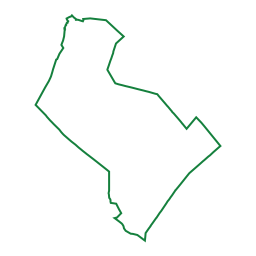 La Pe, Oaxaca, Mexico
{"feature_id": "50627088B903406016502", "entity_name": "La Pe", "entity_type": "district", "adm_level": 2, "iso_a3": "MEX", "parent_name": "Mexico", "parent_adm1": "Oaxaca", "projection": "orthographic", "projection_center": [-96.796, 16.623], "detail": "fine", "context": "isolated", "style": "outline", "palette": "green", "viewbox_px": 256, "rotation_deg": 0, "n_neighbors": 0, "source": "geoboundaries", "source_scale": "gbopen_adm2", "svg_char_len": 2311}
<svg xmlns="http://www.w3.org/2000/svg" viewBox="0 0 256 256"><path d="M145.6,233.1L148.7,228.6L150.6,226.1L150.6,225.8L152.3,223.5L155.2,219.4L156.2,218.0L156.4,217.9L159.7,212.9L161.2,211.0L166.5,203.1L167.6,201.3L168.7,200.0L169.6,198.8L170.5,197.4L172.0,195.4L175.3,190.5L175.3,190.4L175.5,190.3L180.1,184.7L186.4,176.8L189.3,173.2L199.4,164.4L203.2,161.0L204.1,160.3L208.4,156.5L209.9,155.4L213.4,152.1L217.4,148.6L220.4,146.0L210.4,133.7L207.8,130.5L204.3,126.2L201.2,122.5L200.6,121.9L196.2,117.3L186.6,128.8L183.8,125.4L182.8,124.1L182.6,124.0L180.8,121.7L177.5,117.8L175.5,115.5L175.0,114.9L173.6,113.3L172.2,112.0L172.0,111.5L170.8,110.1L167.9,106.6L167.0,105.7L166.2,104.7L158.3,95.5L158.1,95.2L157.3,94.2L155.1,93.7L148.9,91.9L146.0,91.2L143.8,90.6L138.5,89.3L131.9,87.6L129.0,86.9L125.6,86.1L122.2,85.2L118.5,84.3L117.6,84.0L115.3,83.3L114.2,81.5L107.4,69.8L107.4,69.5L108.2,67.2L108.9,65.2L110.4,60.7L111.3,58.4L112.4,55.1L113.1,53.3L113.4,51.4L116.0,43.5L120.5,39.4L123.7,36.5L117.4,30.8L106.0,20.2L90.2,18.4L83.2,19.0L83.4,20.2L82.9,21.3L81.8,21.0L78.5,19.9L77.2,19.7L76.7,19.8L76.1,19.8L76.2,19.4L76.2,19.2L75.2,18.6L74.7,18.0L74.1,17.7L71.9,15.4L70.9,16.6L69.6,16.9L66.6,18.5L66.9,19.5L67.1,19.8L67.9,21.1L68.2,21.2L68.2,21.5L67.5,22.2L67.1,22.6L67.3,22.9L66.6,23.3L66.5,23.8L65.8,24.9L66.0,25.2L65.5,25.7L65.1,27.0L64.4,28.0L64.9,28.5L64.5,29.2L65.0,29.8L64.6,30.6L64.5,31.9L64.1,36.4L63.4,39.2L63.1,40.5L62.7,41.5L62.1,43.0L61.4,44.9L63.3,48.0L59.5,53.7L57.2,59.1L56.2,59.6L53.2,68.9L53.1,69.1L52.3,72.1L52.2,72.4L51.1,76.1L50.7,77.1L48.9,81.0L45.1,87.5L35.6,104.9L45.9,115.4L46.9,116.8L47.0,116.9L50.0,120.3L51.6,121.9L53.7,124.1L59.3,129.6L61.2,132.1L62.9,134.0L64.1,135.2L64.8,135.8L65.5,136.4L68.6,139.1L71.5,141.6L75.5,144.7L76.6,145.7L78.6,147.5L81.7,150.0L82.5,150.7L85.3,152.9L86.2,153.6L86.4,153.8L88.0,155.0L88.4,155.3L93.6,159.3L102.1,166.0L105.0,168.3L107.0,169.9L109.1,171.6L109.1,179.2L109.1,185.3L109.1,189.0L109.1,190.6L108.6,193.3L108.9,194.4L109.2,197.8L110.2,199.2L110.5,200.1L110.5,201.7L110.8,202.9L116.2,203.7L118.8,208.9L121.2,213.2L117.0,217.5L114.6,218.1L119.3,221.6L121.7,223.5L122.4,224.3L123.2,225.6L123.5,226.2L124.0,228.4L125.7,230.8L130.7,233.7L132.9,233.9L137.4,235.0L144.9,240.6L145.3,236.9L145.6,233.1Z" fill="none" stroke="#15803d" stroke-width="2"/></svg>